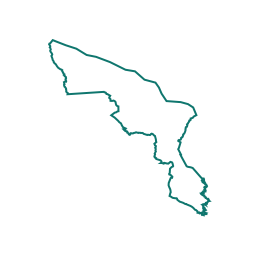 the district of Ahafo Ano South West, Ashanti, Ghana, rotated 286°
{"feature_id": "2480657B58897854519282", "entity_name": "Ahafo Ano South West", "entity_type": "district", "adm_level": 2, "iso_a3": "GHA", "parent_name": "Ghana", "parent_adm1": "Ashanti", "projection": "equal_earth", "projection_center": [-2.174, 6.894], "detail": "fine", "context": "isolated", "style": "outline", "palette": "teal", "viewbox_px": 256, "rotation_deg": 286, "n_neighbors": 0, "source": "geoboundaries", "source_scale": "gbopen_adm2", "svg_char_len": 5692}
<svg xmlns="http://www.w3.org/2000/svg" viewBox="0 0 256 256"><g transform="rotate(286 128 128)"><path d="M143.8,60.6L156.1,94.9L155.8,95.4L155.9,96.7L155.6,97.2L154.8,97.9L154.9,98.9L154.1,102.0L152.6,101.6L151.8,101.6L150.9,103.2L149.3,103.7L149.6,105.2L150.4,106.6L150.1,108.0L149.5,108.9L147.8,109.7L146.7,110.5L146.1,111.8L146.1,112.8L141.5,114.2L141.3,113.7L140.5,112.8L139.8,112.3L139.1,111.0L135.6,108.4L134.3,112.4L132.1,116.7L131.2,118.0L130.5,120.0L128.9,121.3L128.6,121.7L128.0,122.2L127.3,123.2L126.9,125.8L126.5,125.5L126.2,125.8L126.0,125.7L126.3,125.0L125.7,124.1L125.6,124.4L125.3,124.4L125.0,124.9L124.9,125.3L124.7,125.4L124.6,125.2L124.6,126.1L124.5,126.4L124.3,126.5L124.3,126.8L124.5,127.3L124.5,127.9L124.2,128.4L123.4,128.5L123.4,129.2L122.7,130.0L122.8,130.2L122.1,130.6L121.9,131.6L122.4,131.9L123.8,132.2L124.1,134.2L124.9,135.0L125.2,135.9L125.9,136.6L126.1,137.2L126.1,139.3L126.4,139.5L126.5,140.2L126.8,141.0L126.7,141.7L127.2,143.0L127.1,144.0L126.7,144.6L126.6,148.5L127.0,148.9L127.3,151.1L127.8,151.5L128.5,151.7L129.1,152.4L128.9,153.7L128.0,155.1L127.8,156.1L124.8,157.9L123.0,158.6L122.3,159.1L120.1,157.7L118.7,158.8L118.3,159.8L117.0,159.9L116.4,159.6L115.9,160.2L115.4,160.5L113.8,160.6L113.2,161.2L110.7,160.7L110.1,161.3L108.3,161.2L107.3,161.7L107.3,162.1L107.0,162.2L106.8,162.5L106.8,163.2L106.6,163.2L106.6,162.9L106.0,163.7L105.9,167.7L105.8,168.3L105.1,169.4L103.9,169.6L103.4,169.2L103.7,170.2L103.6,172.1L104.4,172.2L104.5,172.4L104.6,175.1L104.9,176.6L107.1,178.1L107.1,179.7L106.4,180.5L103.9,181.9L103.4,181.8L102.6,180.8L101.7,180.2L100.4,179.6L96.3,180.5L95.2,180.2L94.7,180.5L94.6,181.9L94.1,182.9L93.7,183.2L93.5,184.0L93.2,184.1L92.3,184.1L92.0,183.1L91.6,182.8L86.4,182.3L84.1,182.8L82.7,183.8L80.7,185.5L79.2,186.3L77.8,186.8L77.0,186.6L74.1,186.7L73.8,188.4L73.3,189.7L73.2,190.3L73.5,193.0L73.8,193.7L73.8,194.1L73.7,194.5L72.6,195.2L71.5,197.9L71.3,201.5L70.7,204.2L71.0,205.0L70.7,205.7L70.3,209.5L69.9,211.1L69.2,212.8L67.9,214.9L67.8,216.3L67.4,216.8L67.2,217.5L66.6,217.9L65.7,218.2L66.1,219.1L65.8,219.5L65.6,220.4L65.8,220.6L66.0,220.0L66.4,220.0L66.1,221.1L66.3,221.2L67.1,222.4L66.9,222.8L66.4,223.2L65.7,222.9L65.6,223.1L65.8,223.2L65.7,223.5L65.4,223.4L65.2,223.0L64.8,223.1L64.6,223.8L64.3,224.0L65.3,223.8L65.4,224.1L65.1,224.9L65.4,224.9L65.9,224.7L66.1,224.8L66.3,225.5L66.7,225.5L66.6,226.2L66.8,226.9L67.2,226.6L67.7,226.9L67.7,226.2L67.4,225.7L67.6,225.8L67.8,225.4L68.0,225.4L68.0,225.1L68.1,224.7L68.4,224.4L68.3,224.1L68.9,223.3L70.3,223.2L70.0,223.8L70.1,224.1L70.2,223.8L70.6,223.9L70.9,223.5L70.9,223.2L71.4,222.6L71.5,222.7L71.4,222.8L71.5,224.0L71.7,223.7L72.0,223.8L72.2,223.6L71.8,223.0L72.2,222.7L72.1,222.3L72.5,222.1L73.1,222.3L73.6,222.0L73.9,221.4L74.1,221.3L74.7,221.6L74.6,221.2L75.1,221.2L75.1,220.9L75.4,221.2L75.1,221.9L75.6,221.9L75.9,222.5L75.7,222.8L75.5,223.5L75.8,223.2L76.1,223.5L76.3,223.0L76.6,223.5L76.9,223.5L76.8,224.7L77.4,224.7L77.5,224.5L77.4,224.2L77.7,223.9L78.0,224.6L78.4,224.6L78.5,224.9L79.2,225.1L79.9,225.8L80.1,225.6L80.1,226.0L80.3,226.4L80.7,225.5L81.5,225.3L81.8,224.9L81.7,224.4L81.9,224.3L81.8,224.1L81.9,223.9L82.4,224.0L81.7,223.7L81.7,223.4L82.1,222.7L82.1,221.9L82.4,221.7L82.7,222.0L82.9,221.8L83.1,220.3L83.6,220.0L84.1,220.0L84.2,219.0L84.0,218.8L84.2,218.5L84.1,218.0L84.3,217.5L84.6,217.8L84.7,217.5L85.0,217.4L85.2,216.9L84.9,216.3L85.1,216.1L85.3,216.6L85.6,216.8L85.9,216.8L85.9,217.1L86.1,217.3L86.3,218.7L86.9,218.4L87.0,218.1L87.4,217.6L87.7,217.7L87.6,218.7L87.9,219.2L88.2,218.4L88.6,218.5L88.7,218.8L88.6,219.2L88.3,219.3L88.5,219.9L88.9,219.9L88.9,219.3L89.3,219.3L89.7,218.8L89.9,219.0L90.0,218.8L90.2,219.1L90.5,219.0L90.5,218.6L91.2,218.8L91.6,218.1L92.1,218.7L92.7,218.0L92.9,218.2L93.3,219.2L93.2,219.8L93.9,220.0L94.1,219.8L93.9,219.4L94.7,219.2L94.9,218.9L95.2,218.8L95.3,218.2L95.3,217.6L95.6,217.4L95.8,216.8L95.9,217.2L96.2,217.0L96.5,217.2L97.0,216.7L96.8,216.1L97.0,216.0L96.5,215.3L97.8,213.4L98.3,213.5L98.3,214.7L98.6,215.0L98.5,215.6L99.7,215.2L100.3,214.7L99.9,213.2L100.5,211.9L107.4,201.2L107.5,199.1L107.2,196.4L107.3,195.3L107.4,194.9L115.6,186.8L116.8,185.7L117.1,186.2L121.5,182.1L122.8,182.4L128.7,182.5L129.4,179.9L129.9,179.8L130.3,180.1L130.1,180.5L130.3,180.5L131.5,181.9L132.2,182.0L133.2,181.8L134.1,182.8L134.6,182.7L135.2,183.0L136.0,183.1L136.5,182.8L137.6,183.1L138.1,183.6L140.2,183.9L141.9,183.9L142.7,183.5L143.2,183.7L144.0,183.4L144.7,183.4L144.9,183.5L145.5,184.3L146.8,184.3L147.7,183.7L148.0,183.8L148.7,184.4L149.5,184.4L150.8,184.9L151.5,184.8L151.9,185.2L152.4,185.1L152.9,185.9L153.3,185.9L154.4,185.6L155.6,187.4L156.2,187.7L157.0,187.9L159.2,190.2L165.7,185.0L167.5,179.1L167.4,171.5L164.5,157.6L170.3,150.8L175.4,146.6L179.2,141.9L179.0,130.5L184.4,119.1L183.3,109.5L186.4,92.6L187.6,77.7L186.8,68.1L190.0,56.5L190.4,45.4L191.7,31.4L188.0,29.9L187.5,29.2L186.7,29.1L185.3,30.7L184.9,30.8L183.9,30.6L183.6,31.2L182.2,32.1L180.9,31.9L180.2,32.3L178.7,34.2L177.9,34.9L176.9,34.8L176.2,34.5L173.9,36.2L172.7,36.8L172.0,37.7L171.4,38.3L170.9,38.4L169.9,39.6L169.8,40.2L169.3,41.1L167.9,42.6L166.7,44.2L165.8,46.9L165.8,48.1L165.6,48.6L165.4,48.5L165.2,48.7L164.5,49.3L164.2,49.3L163.9,49.9L163.3,50.2L163.2,50.6L162.3,51.1L162.1,51.5L162.1,52.0L161.4,52.1L161.2,52.0L161.1,52.5L160.7,52.5L160.4,52.8L160.4,53.1L160.0,53.7L159.9,54.2L158.9,54.7L158.5,54.5L158.1,54.8L157.2,54.6L156.0,55.7L155.8,55.7L155.9,55.4L155.6,55.3L155.6,54.9L155.1,54.8L154.9,54.4L154.4,53.8L152.5,54.9L152.3,54.7L152.2,54.8L151.8,54.7L151.2,54.9L150.2,55.6L150.1,56.2L149.7,56.5L149.0,57.5L148.6,57.7L147.9,57.8L147.5,58.2L145.9,58.6L145.3,59.6L144.9,60.6L143.8,60.6Z" fill="none" stroke="#0f766e" stroke-width="2"/></g></svg>